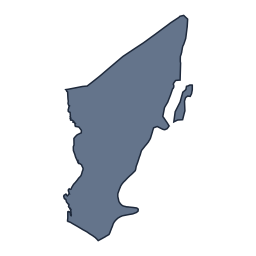 outline of Al Munirah, Al Hudaydah, Yemen
{"feature_id": "15242507B73593637520404", "entity_name": "Al Munirah", "entity_type": "district", "adm_level": 2, "iso_a3": "YEM", "parent_name": "Yemen", "parent_adm1": "Al Hudaydah", "projection": "natural_earth1", "projection_center": [42.864, 15.354], "detail": "fine", "context": "isolated", "style": "filled", "palette": "slate", "viewbox_px": 256, "rotation_deg": 0, "n_neighbors": 0, "source": "geoboundaries", "source_scale": "gbopen_adm2", "svg_char_len": 5076}
<svg xmlns="http://www.w3.org/2000/svg" viewBox="0 0 256 256"><path d="M65.8,89.6L66.4,90.3L66.6,90.8L66.8,91.3L67.6,91.9L68.0,99.1L68.3,101.2L68.0,103.3L68.4,104.7L69.0,105.8L69.5,105.8L69.5,106.1L69.1,106.5L68.7,107.2L68.8,107.8L68.5,108.7L68.2,109.3L68.2,111.2L68.7,111.8L70.1,112.4L70.4,116.1L70.2,116.3L70.1,116.5L70.1,116.8L70.6,117.6L70.8,118.6L70.5,118.7L70.2,118.2L70.1,118.4L70.1,118.6L70.3,118.9L70.7,119.7L70.6,120.0L70.8,120.2L72.2,120.2L72.8,120.7L73.2,121.1L73.7,121.3L74.0,122.0L73.8,122.0L73.7,122.0L73.4,121.9L73.2,121.9L73.2,122.0L73.3,122.1L73.2,122.1L72.9,122.2L72.9,122.3L72.9,122.5L72.8,122.8L73.0,122.5L73.0,122.4L73.3,122.2L73.5,122.1L74.0,122.3L74.3,122.5L74.5,122.8L74.6,123.0L74.8,123.1L75.0,123.1L75.2,123.3L74.9,123.4L74.6,123.1L74.9,123.4L75.0,123.7L75.0,123.8L75.0,124.0L75.1,124.4L75.1,124.5L75.0,124.8L75.0,125.1L75.1,125.3L75.3,125.6L75.2,125.7L75.4,126.2L75.4,126.4L78.8,127.0L80.1,128.6L81.4,130.4L81.3,132.8L80.1,133.4L78.2,134.3L76.8,135.1L75.3,136.7L74.2,138.0L73.9,138.5L74.0,144.1L74.0,145.0L73.3,146.7L73.3,147.8L73.4,150.6L74.8,154.3L75.6,157.1L77.1,160.4L77.3,160.7L77.5,160.7L77.9,160.5L78.0,160.8L77.7,161.1L77.6,161.4L77.7,162.0L78.1,162.1L78.3,162.3L78.9,161.9L78.4,162.5L78.2,162.8L78.5,163.4L79.0,163.6L80.0,163.7L81.6,164.9L81.8,165.6L82.0,166.1L82.7,167.4L83.1,168.6L82.8,170.3L82.3,171.4L81.7,173.7L81.0,175.6L80.0,176.8L78.6,178.2L77.2,180.2L75.3,182.5L73.6,184.3L71.8,187.3L71.0,189.2L70.0,189.4L69.6,189.1L69.2,188.8L68.4,189.7L68.3,190.3L68.4,191.0L68.9,192.3L69.0,192.9L69.1,193.2L69.4,193.8L68.9,193.8L68.8,194.0L68.4,194.8L68.1,195.1L67.8,195.4L67.6,195.6L67.3,195.9L67.1,195.6L66.7,195.3L66.5,194.9L66.2,194.2L65.8,194.1L65.1,194.6L64.6,195.0L64.1,195.5L63.9,195.5L63.9,195.9L63.7,196.7L64.0,197.3L64.2,198.2L64.6,198.9L65.2,199.0L65.8,199.4L66.5,201.9L67.4,203.0L68.1,204.0L68.8,204.3L68.9,205.2L68.5,206.4L69.0,207.4L69.8,207.9L69.7,208.8L70.0,209.0L70.3,208.9L70.5,208.8L71.0,209.7L70.6,210.5L70.8,210.8L70.9,211.2L70.7,211.7L70.7,212.0L71.0,212.3L71.0,213.5L71.3,214.6L71.3,215.1L71.2,215.7L70.8,215.6L70.6,215.4L70.4,214.6L70.4,214.2L70.6,214.0L70.2,212.9L69.9,212.0L69.4,211.8L69.1,211.9L68.8,211.6L68.3,211.5L68.2,211.6L67.8,211.8L67.8,218.3L67.6,219.6L67.5,221.0L68.1,221.3L68.3,221.4L68.3,221.5L68.5,221.5L69.2,221.9L69.7,222.0L70.8,222.5L72.2,223.4L77.8,226.6L79.3,227.5L83.3,229.9L85.2,230.9L87.3,232.1L89.5,233.7L92.6,235.6L94.1,236.7L95.1,237.4L95.6,237.8L95.9,238.2L96.2,238.5L96.5,238.7L97.3,239.6L98.2,240.6L101.2,239.0L105.5,236.6L105.8,236.3L106.2,236.1L107.3,235.5L109.0,234.5L110.1,232.2L110.2,231.7L110.6,230.7L111.2,229.2L111.7,227.8L112.2,226.8L113.2,223.8L114.1,222.2L115.5,220.4L117.8,218.2L120.1,216.8L122.4,215.8L129.1,214.5L132.7,213.9L136.4,212.5L138.0,211.2L138.2,209.9L138.2,209.1L136.8,208.0L133.4,207.5L129.4,207.1L128.0,206.9L126.8,206.9L125.3,206.5L123.6,206.1L122.4,205.6L121.4,204.8L120.3,203.7L118.9,201.5L118.3,198.7L117.8,196.6L117.8,193.8L118.3,192.3L119.8,188.2L120.1,187.7L120.6,186.2L121.4,184.9L122.1,183.8L123.6,182.0L125.3,180.4L126.1,179.5L127.7,177.8L130.1,175.5L131.2,174.6L132.7,173.2L134.0,171.9L135.2,170.7L135.6,169.6L135.8,168.6L136.2,166.3L137.5,162.8L138.1,161.0L139.0,158.2L139.2,157.4L140.3,154.6L140.5,153.7L141.3,151.1L141.4,150.9L141.6,150.4L141.8,150.1L143.4,148.1L144.2,147.1L144.8,146.3L144.9,146.2L145.3,145.7L146.1,144.8L146.7,144.1L147.3,143.3L147.7,142.8L148.5,141.8L149.1,140.6L149.8,139.6L149.9,139.3L150.4,138.4L150.8,137.1L151.9,133.5L152.2,132.6L152.3,132.3L152.5,131.4L152.7,130.7L153.6,127.8L157.2,126.5L160.6,128.2L162.6,129.2L163.5,129.5L164.5,129.7L165.1,129.6L167.1,128.7L168.7,126.6L168.7,125.6L168.9,125.6L166.9,122.4L165.5,120.4L165.4,120.2L163.8,117.8L162.8,116.5L164.5,107.6L167.8,102.0L168.0,101.4L168.5,100.1L170.3,95.5L170.7,94.4L172.6,88.8L173.1,88.5L173.3,88.1L173.8,87.0L173.8,85.9L173.8,85.5L173.3,84.1L173.8,82.9L175.5,80.6L175.9,80.4L177.3,80.3L178.2,80.2L178.4,80.2L180.1,80.1L180.6,63.1L180.3,61.5L180.3,60.9L180.3,58.7L180.4,56.4L180.4,56.2L181.1,54.4L181.5,52.8L181.6,52.6L181.8,51.3L182.2,49.1L182.4,47.7L182.5,47.4L182.8,46.1L183.4,45.0L183.7,44.4L184.6,41.8L185.7,38.5L185.7,38.4L186.0,36.3L186.9,29.0L187.2,26.7L187.6,20.1L187.6,19.1L187.1,18.6L185.9,17.5L183.7,15.4L179.9,16.3L179.0,17.3L172.6,21.5L170.5,22.9L167.5,25.2L165.9,26.4L165.7,26.5L159.5,31.1L157.8,32.4L156.8,33.1L155.5,34.1L155.4,34.2L154.8,34.6L151.2,37.2L146.7,40.5L143.4,42.9L135.0,48.4L123.0,56.4L120.7,58.3L108.2,68.9L101.7,74.5L101.1,75.0L99.9,76.0L99.3,76.5L97.7,77.8L93.0,81.5L88.9,84.7L87.1,86.1L84.1,86.3L82.3,86.5L68.0,89.3L65.8,89.6ZM182.6,119.7L184.3,113.0L184.9,110.9L184.9,110.6L184.5,101.1L185.6,97.6L187.6,96.1L188.4,96.2L188.6,96.2L190.2,96.4L191.6,93.6L191.6,93.4L192.3,89.8L192.3,89.7L192.3,86.6L192.3,85.1L192.2,85.0L189.9,85.0L187.8,86.0L186.5,86.3L186.4,86.7L186.3,87.2L186.3,87.4L186.0,88.8L185.9,89.5L185.3,90.1L183.2,91.9L182.8,92.2L182.1,94.9L181.9,95.5L180.7,99.9L180.1,102.0L175.2,111.7L173.8,121.9L175.8,120.9L177.7,120.0L178.0,120.0L181.4,119.8L182.6,119.7Z" fill="#64748b" stroke="#1e293b" stroke-width="1.5"/></svg>